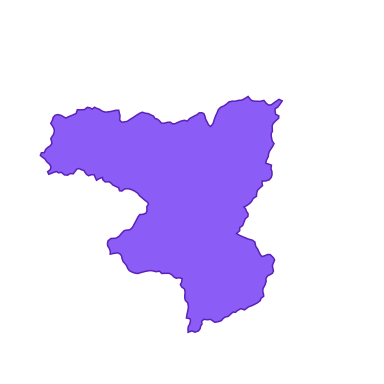 the district of Pará de Minas, Minas Gerais, Brazil, rotated 244°
{"feature_id": "56859067B11787427214632", "entity_name": "Pará de Minas", "entity_type": "district", "adm_level": 2, "iso_a3": "BRA", "parent_name": "Brazil", "parent_adm1": "Minas Gerais", "projection": "natural_earth1", "projection_center": [-44.604, -19.846], "detail": "fine", "context": "isolated", "style": "filled", "palette": "violet", "viewbox_px": 384, "rotation_deg": 244, "n_neighbors": 0, "source": "geoboundaries", "source_scale": "gbopen_adm2", "svg_char_len": 4240}
<svg xmlns="http://www.w3.org/2000/svg" viewBox="0 0 384 384"><g transform="rotate(244 192 192)"><path d="M66.8,210.7L69.1,211.6L71.3,211.9L74.1,213.5L76.4,216.8L79.2,219.5L81.7,220.4L83.5,223.1L83.5,226.0L83.7,228.7L85.3,230.6L87.9,231.2L90.8,232.1L92.8,234.3L94.6,236.4L97.0,236.4L99.4,235.6L101.4,234.9L102.7,232.6L102.8,229.6L103.3,226.6L105.6,226.0L108.0,225.9L111.7,226.0L115.1,225.5L117.4,226.0L119.5,226.6L122.2,225.2L123.8,223.4L125.4,221.6L127.2,220.1L129.5,218.0L132.0,215.9L135.1,213.8L136.3,217.9L139.1,219.3L139.6,222.8L142.3,225.7L144.5,228.0L145.5,231.6L147.9,232.9L150.8,232.5L153.4,232.8L155.8,232.1L155.8,235.6L156.5,239.1L157.4,241.4L159.3,244.1L159.9,248.1L162.3,249.4L164.7,251.5L166.0,255.1L166.8,258.2L169.2,258.8L171.0,260.0L169.6,263.1L169.1,266.9L170.4,269.7L172.6,271.6L175.3,272.8L178.6,273.3L181.3,275.2L183.6,273.0L185.5,270.9L188.0,272.9L190.5,276.2L192.7,277.5L194.5,279.3L195.9,281.5L197.4,284.1L199.5,286.9L202.6,286.5L204.9,287.0L207.7,287.8L209.8,288.8L211.2,290.8L213.9,292.0L216.4,293.1L218.0,295.0L219.3,298.5L220.3,302.2L222.4,303.4L225.1,301.3L227.7,301.9L230.5,303.2L230.6,306.1L232.2,309.3L234.3,313.0L237.2,310.8L236.7,308.1L236.2,304.4L235.6,301.6L236.6,298.8L239.3,297.6L242.8,296.8L243.6,293.1L245.1,290.2L246.7,287.3L248.6,285.4L251.0,284.8L253.3,284.3L252.8,280.1L252.8,276.7L254.0,274.0L254.6,270.7L256.1,267.8L256.8,264.5L256.0,262.0L255.4,258.5L255.6,255.0L254.6,251.9L252.4,249.5L250.4,247.0L248.2,244.6L244.4,241.0L242.6,237.5L245.1,236.3L247.9,236.3L251.5,236.2L254.8,236.9L257.3,237.0L259.0,235.5L260.0,233.1L259.3,230.6L259.3,227.8L259.2,224.8L259.0,221.9L257.7,218.9L259.8,216.6L260.6,213.1L260.8,209.6L260.8,206.7L261.9,204.3L264.3,203.1L265.4,200.5L266.1,196.9L267.3,194.7L270.1,194.0L272.6,192.9L274.4,190.9L277.1,190.7L279.0,189.1L281.5,187.2L283.6,184.2L285.5,182.3L285.7,179.5L285.3,175.6L284.7,171.3L284.4,168.0L283.9,164.9L284.5,162.5L285.5,159.5L288.2,158.5L290.5,159.8L292.5,160.9L295.0,161.3L297.6,162.0L298.9,159.2L299.6,155.7L300.5,152.6L301.7,149.2L304.3,146.5L307.0,145.0L309.1,142.9L310.9,141.6L310.3,138.6L312.3,137.3L314.0,135.1L313.2,131.5L314.5,128.3L316.2,125.0L313.4,122.3L313.5,118.3L313.8,114.1L313.8,111.0L316.0,109.5L318.4,107.8L320.4,105.4L321.0,102.6L320.0,100.0L317.8,98.1L315.6,95.1L313.0,95.5L310.1,95.7L308.1,95.4L306.1,94.3L304.5,92.8L303.3,90.7L301.9,88.5L299.3,88.0L297.0,87.3L295.7,85.0L295.3,81.9L294.4,79.1L292.2,76.6L293.3,73.8L291.3,71.7L289.0,72.8L286.0,74.3L282.9,74.7L279.2,76.2L276.3,76.3L274.3,74.4L273.5,71.1L270.7,71.0L270.4,74.1L270.2,76.8L269.7,79.2L267.7,80.5L266.9,83.3L263.3,84.8L261.6,87.7L262.0,90.5L260.4,93.2L261.8,96.1L263.1,98.5L262.5,100.9L260.5,102.3L258.7,104.3L256.3,104.5L253.9,105.0L251.9,106.3L251.7,109.1L250.3,111.6L247.3,111.4L244.4,111.3L244.7,114.8L244.3,117.9L242.1,117.2L239.1,118.4L237.5,122.0L235.3,123.2L233.0,123.9L230.6,125.8L228.0,127.9L224.9,127.4L223.6,129.4L224.3,132.9L222.8,136.3L220.6,138.7L217.6,141.1L214.6,142.7L211.8,143.2L208.8,144.5L204.8,146.2L202.3,147.6L200.2,147.6L198.8,145.1L196.9,144.2L194.7,143.2L193.2,141.3L193.4,138.4L194.6,135.1L193.2,132.4L190.7,129.1L188.4,125.9L186.9,123.9L185.8,121.7L185.3,119.3L186.4,116.7L187.0,114.0L185.8,110.7L184.2,107.2L183.8,103.3L185.8,98.7L184.9,95.1L182.4,93.2L180.2,92.6L177.5,92.9L174.6,92.6L172.0,91.2L171.1,94.7L169.9,98.6L167.4,100.4L165.3,100.6L162.7,99.9L159.7,99.6L157.0,100.4L154.4,100.9L151.6,100.7L148.8,101.2L146.6,102.8L144.4,104.8L142.5,107.5L141.8,111.9L141.2,114.8L140.5,117.5L139.6,120.2L138.3,122.2L136.1,124.8L135.0,128.2L132.1,129.0L130.4,132.8L128.9,135.9L126.4,137.6L123.5,138.5L121.4,140.0L120.6,142.9L118.5,145.1L115.6,143.2L113.8,140.9L111.1,141.1L108.2,142.7L104.9,141.9L102.6,140.4L99.8,139.0L97.3,138.5L94.3,139.6L90.2,138.4L86.9,136.0L84.3,133.9L81.2,131.7L78.9,134.7L76.8,134.1L74.3,132.0L72.6,129.6L70.4,128.2L67.6,127.0L67.2,131.0L64.7,133.2L64.3,137.0L65.7,139.5L67.7,141.0L68.9,143.1L71.6,144.0L72.4,146.8L70.4,149.9L69.4,152.8L67.0,154.2L64.9,155.4L64.0,158.4L63.5,161.9L64.5,164.1L65.1,166.8L64.3,170.1L65.4,173.7L66.1,176.2L64.8,178.3L65.5,180.8L65.7,184.8L63.0,187.6L64.0,192.4L63.6,195.8L63.6,198.8L63.7,202.3L64.5,205.9L66.2,207.2L66.8,210.7Z" fill="#8b5cf6" stroke="#5b21b6" stroke-width="1.5"/></g></svg>